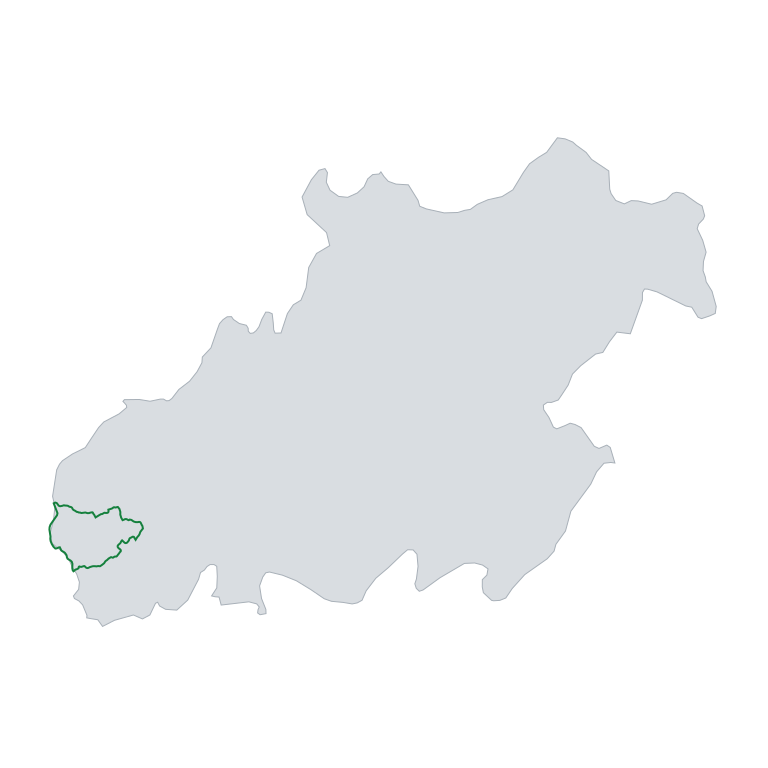 Republic of Serbia, with Severno-Backi highlighted, rotated 272°
{"feature_id": "SRB-274", "entity_name": "Severno-Backi", "entity_type": "District", "adm_level": 1, "iso_a3": "SRB", "parent_name": "Republic of Serbia", "parent_adm1": "", "projection": "albers", "projection_center": [19.626, 45.896], "detail": "fine", "context": "in_parent", "style": "outline", "palette": "green", "viewbox_px": 768, "rotation_deg": 272, "n_neighbors": 0, "source": "natural_earth", "source_scale": "10m", "svg_char_len": 7276}
<svg xmlns="http://www.w3.org/2000/svg" viewBox="0 0 768 768"><g transform="rotate(272 384 384)"><path d="M431.4,279.3L451.0,285.0L460.0,290.6L464.9,298.1L477.5,302.8L497.8,304.7L512.1,312.0L520.4,324.9L533.3,321.3L550.6,301.3L568.0,295.6L585.6,304.3L595.4,311.6L597.2,317.5L593.3,320.1L583.6,319.3L575.8,323.3L569.9,332.1L569.3,341.2L574.0,350.7L580.4,357.2L588.5,360.6L592.9,365.4L593.7,371.8L595.9,373.5L591.4,376.7L586.7,381.2L584.2,389.0L583.9,401.4L568.7,411.6L562.9,413.5L560.5,420.0L557.1,438.2L558.0,451.8L560.4,458.6L561.5,464.2L566.8,471.0L571.8,481.5L575.4,495.4L582.5,506.0L600.4,516.0L609.2,521.8L616.0,530.6L621.2,538.5L636.1,548.7L635.3,556.5L632.4,564.2L629.3,567.9L622.5,577.9L615.7,583.6L604.8,601.2L586.5,602.8L582.2,604.3L575.5,609.2L572.4,617.9L575.9,624.7L575.8,631.6L573.0,645.2L577.9,659.5L584.6,665.9L585.8,669.7L584.9,676.5L575.7,690.6L573.0,695.7L563.3,698.6L560.0,697.4L554.8,692.8L550.1,691.6L538.7,697.5L527.0,701.3L517.6,699.0L508.4,698.9L502.1,701.4L497.4,702.4L488.1,708.6L473.1,713.3L466.1,712.6L463.4,707.1L460.4,699.1L461.7,695.5L471.5,688.9L472.5,682.9L485.6,653.6L488.0,644.1L488.0,641.0L484.4,639.1L476.8,639.3L442.8,628.4L444.0,614.9L434.0,607.8L423.2,601.6L421.3,594.4L409.2,580.0L400.5,572.0L389.4,568.1L379.8,562.3L374.1,558.7L371.4,551.9L371.4,547.9L368.5,544.0L363.9,544.5L356.3,550.0L346.8,554.8L345.2,558.2L348.7,566.3L351.3,571.4L350.2,576.3L347.3,582.5L329.1,596.3L327.1,601.1L330.7,608.8L328.5,612.3L313.1,617.5L313.5,613.4L312.5,606.6L303.6,599.5L291.1,594.1L263.4,575.2L252.8,572.7L243.4,570.5L229.8,561.4L222.9,559.8L215.1,553.3L198.4,531.3L184.1,519.3L174.4,513.2L171.8,507.3L171.2,501.2L171.5,499.1L178.9,490.6L184.6,489.3L191.9,489.1L196.6,493.5L202.9,494.4L206.5,488.8L208.3,480.8L207.5,470.6L192.4,446.8L179.5,430.2L178.1,426.5L180.9,423.4L185.4,421.8L190.2,423.2L202.9,424.4L215.0,422.9L219.2,418.9L219.2,413.4L214.7,408.4L200.6,394.7L189.6,382.6L176.7,373.4L167.1,369.6L164.3,364.9L163.1,359.9L164.3,350.8L165.0,339.1L167.3,331.8L176.0,318.0L184.3,303.3L189.4,289.2L192.1,276.1L191.2,272.4L186.9,269.6L177.9,266.7L165.3,269.1L154.6,273.8L150.4,274.1L149.1,268.2L150.8,265.7L154.1,266.0L156.8,267.1L159.8,264.5L161.6,256.6L157.4,229.0L165.3,226.6L165.5,222.6L166.2,219.1L174.4,224.0L185.9,224.1L196.0,223.2L197.6,220.5L197.5,216.5L195.4,213.5L191.8,211.0L189.2,207.2L182.4,205.5L161.2,195.4L150.8,184.8L151.2,173.6L154.3,167.5L158.0,165.4L156.9,163.3L145.0,158.1L140.8,150.8L144.4,141.6L138.4,122.8L131.9,111.2L138.4,106.2L139.3,99.1L139.9,95.1L142.5,95.2L152.8,90.5L156.6,86.6L158.8,82.1L161.3,81.0L168.1,86.0L175.4,86.5L183.6,83.4L189.7,79.1L197.0,75.5L200.4,73.1L204.6,69.2L213.2,57.8L222.8,55.5L235.8,58.4L249.8,59.4L260.2,56.7L286.8,59.9L292.5,62.5L296.2,65.4L303.2,75.1L310.0,87.7L319.4,93.4L330.5,100.3L336.3,105.3L344.9,120.3L351.6,127.7L353.8,127.3L356.0,125.3L357.5,123.7L359.3,125.1L359.5,129.7L360.0,139.9L358.6,150.8L361.1,161.0L361.2,164.2L359.6,167.2L359.9,169.8L362.2,172.6L371.4,179.2L380.0,189.6L389.8,196.8L398.9,201.3L404.6,201.5L414.1,209.8L432.6,215.5L438.6,217.5L442.7,220.9L445.7,224.9L446.0,229.2L443.2,231.3L439.4,237.3L437.9,244.4L435.0,246.3L432.0,246.5L429.9,248.6L430.5,251.7L433.0,254.5L436.9,257.1L444.3,259.6L451.7,263.3L451.7,266.4L450.3,269.8L441.1,271.2L434.2,271.9L431.0,273.4L431.4,279.3Z" fill="#d9dde1" stroke="#a8b0b8" stroke-width="1"/><path d="M234.3,57.2L241.4,61.8L243.5,62.2L253.2,58.1L253.3,58.3L253.5,58.5L253.8,59.0L254.0,59.6L253.9,59.9L253.7,60.8L253.4,61.3L252.6,61.9L251.5,62.8L251.2,63.0L251.0,63.3L250.7,63.8L250.6,64.2L250.6,64.5L250.6,64.9L251.0,66.6L251.1,67.0L251.5,67.9L251.6,68.3L251.6,68.6L251.4,69.4L251.4,69.7L251.4,71.0L251.3,71.9L251.2,72.4L250.4,73.8L250.3,74.2L250.2,75.2L250.0,75.7L249.8,76.1L249.5,76.4L249.2,76.7L248.2,77.2L247.9,77.5L247.5,77.8L247.1,78.5L246.8,79.1L246.5,79.8L246.3,80.1L245.7,81.0L245.5,81.3L245.4,82.3L245.0,83.3L244.9,83.6L244.9,84.4L244.9,84.8L244.6,85.7L244.5,86.1L244.8,88.0L245.0,89.1L245.1,89.8L245.1,90.2L245.0,90.6L244.6,92.1L244.6,92.6L244.7,93.7L244.9,94.3L245.1,94.7L245.4,95.9L245.5,96.5L245.6,96.9L245.5,97.2L245.4,97.3L245.3,97.5L245.0,97.6L244.4,97.9L244.1,98.1L243.4,98.8L242.9,99.1L242.1,99.5L241.4,100.0L240.6,100.4L243.0,104.0L243.8,105.3L244.0,105.6L244.2,106.8L244.4,107.1L244.6,107.5L245.3,108.6L245.5,108.9L245.6,109.3L245.4,110.6L245.5,111.3L245.5,111.7L245.6,112.0L245.8,112.5L246.0,112.7L246.2,112.9L246.5,113.0L246.8,113.1L247.5,113.1L248.8,112.9L250.0,116.3L250.4,117.0L251.2,117.9L251.3,118.2L251.4,118.4L251.4,118.8L251.2,119.7L251.2,120.1L251.3,120.5L251.7,121.7L251.8,122.3L251.7,122.4L251.3,122.7L250.1,123.8L249.8,124.0L248.5,124.4L247.5,124.8L247.1,124.9L246.2,125.0L244.4,125.0L244.0,125.1L243.6,125.2L242.6,125.6L241.5,125.9L240.9,126.2L238.8,127.5L239.4,129.0L239.9,129.9L240.0,130.5L240.0,131.0L239.9,131.5L239.5,132.4L239.1,133.1L239.0,133.3L239.0,133.6L239.1,133.9L239.3,134.2L239.6,134.5L239.5,135.5L239.4,136.0L239.3,136.4L238.6,137.4L238.1,138.2L237.7,139.0L237.4,140.3L237.3,140.7L237.3,141.2L237.3,142.1L237.4,143.1L237.6,143.6L237.6,144.0L237.6,144.3L237.6,144.7L237.5,145.0L237.3,145.2L237.2,145.4L236.7,145.8L235.9,146.2L235.1,146.6L234.8,146.7L234.1,147.3L233.9,147.4L233.6,147.5L232.9,147.7L231.1,148.1L230.2,147.4L228.5,146.2L228.1,145.9L227.6,145.6L227.2,145.5L226.4,145.2L225.3,144.9L224.8,144.6L224.2,144.3L223.9,144.1L222.8,143.1L222.2,142.7L221.2,142.1L219.6,141.2L221.1,140.2L222.2,139.6L222.5,139.3L222.6,138.9L222.6,138.5L222.6,138.1L222.5,137.9L221.8,136.9L221.4,136.0L221.1,135.5L220.7,135.1L220.2,134.9L218.8,134.5L218.2,134.1L216.9,133.1L216.6,132.8L216.3,132.5L216.2,132.2L216.0,131.6L216.0,131.3L216.0,131.0L216.2,130.6L216.4,130.2L216.7,129.9L218.1,128.3L218.6,127.7L218.2,127.3L217.4,126.8L216.3,126.3L215.7,126.0L214.4,124.6L213.8,124.0L213.4,123.8L213.2,123.6L212.9,123.5L212.5,123.5L212.1,123.5L211.8,123.6L211.6,123.7L211.2,124.0L210.9,124.3L210.4,124.8L209.8,125.8L209.5,126.0L209.0,126.6L208.6,126.7L208.4,126.8L208.1,126.8L207.9,126.8L207.4,126.6L207.2,126.4L206.6,125.8L205.4,125.1L204.4,124.3L202.7,123.1L202.4,122.8L202.2,122.4L202.2,122.1L202.2,121.3L202.1,120.9L202.0,120.6L201.8,120.3L201.2,119.6L201.1,119.4L201.0,119.1L201.0,118.8L201.4,117.6L201.4,117.3L201.3,116.9L201.0,116.5L200.3,115.5L200.0,115.1L200.0,114.9L198.8,113.8L198.4,113.4L197.7,112.4L197.2,111.8L196.6,111.4L195.2,110.6L194.8,110.2L193.8,109.0L193.0,108.0L192.5,107.3L192.2,106.9L192.0,106.6L192.0,106.2L192.0,105.9L192.1,105.0L192.0,104.6L192.0,104.2L191.8,103.5L191.7,103.1L191.8,101.9L191.8,100.2L191.7,99.3L191.5,98.6L191.1,97.4L190.7,96.3L190.1,95.3L189.9,94.9L189.8,94.5L189.7,94.1L189.7,93.8L189.8,93.4L190.0,92.9L190.3,92.4L190.6,92.1L191.0,91.7L191.3,91.4L191.4,91.2L191.5,90.9L191.6,90.7L191.5,90.3L190.7,88.0L190.7,87.6L190.7,87.2L190.9,86.1L191.0,85.9L190.9,85.7L190.6,85.4L190.4,85.3L189.4,85.2L189.2,85.1L189.0,84.9L188.2,83.5L188.0,83.1L187.8,82.2L187.6,81.9L187.3,81.6L186.5,80.9L186.2,80.5L186.0,80.2L187.0,79.4L189.1,78.9L193.4,78.9L195.4,78.2L196.6,76.9L197.5,75.2L198.4,73.8L199.9,73.1L201.2,72.9L202.2,72.5L204.2,70.9L205.0,69.7L205.6,68.5L206.4,67.3L209.5,65.7L209.2,64.3L208.3,62.7L208.1,61.3L209.8,59.4L212.5,57.6L215.4,56.3L217.6,55.9L220.1,56.0L226.8,54.7L229.3,54.8L231.8,55.6L234.3,57.2Z" fill="none" stroke="#15803d" stroke-width="2"/></g></svg>